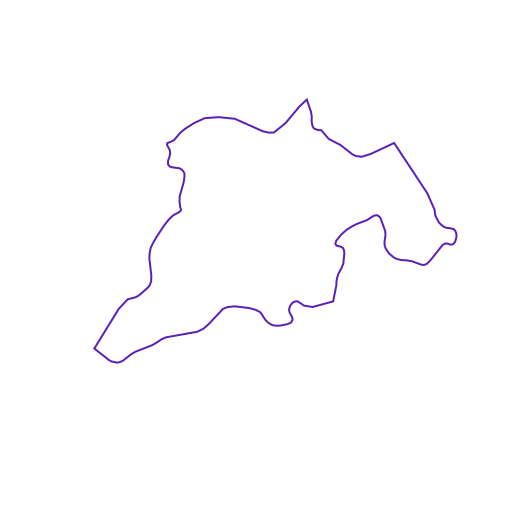 an SVG outline of Carlow, rotated 41°
{"feature_id": "IRL-77", "entity_name": "Carlow", "entity_type": "County", "adm_level": 1, "iso_a3": "IRL", "parent_name": "Ireland", "parent_adm1": "", "projection": "orthographic", "projection_center": [-6.775, 52.691], "detail": "fine", "context": "isolated", "style": "outline", "palette": "violet", "viewbox_px": 512, "rotation_deg": 41, "n_neighbors": 0, "source": "natural_earth", "source_scale": "10m", "svg_char_len": 2275}
<svg xmlns="http://www.w3.org/2000/svg" viewBox="0 0 512 512"><g transform="rotate(41 256 256)"><path d="M234.1,119.9L247.1,116.8L262.5,116.0L266.2,114.8L270.8,111.6L275.7,103.6L286.1,80.1L344.2,96.3L360.3,103.9L364.9,107.9L372.1,110.7L375.3,110.9L378.4,110.8L381.4,109.7L383.9,107.9L387.6,106.0L390.1,106.4L392.3,107.5L394.2,109.4L395.5,111.4L397.0,114.9L397.0,117.7L395.8,119.4L394.5,120.2L392.4,121.0L390.7,122.4L389.7,124.7L389.7,127.6L390.4,143.7L390.3,147.0L390.0,150.1L388.8,152.4L386.7,154.0L376.8,157.8L372.3,160.6L368.4,163.7L363.8,166.0L361.0,166.7L354.8,166.8L349.1,165.3L346.7,164.0L344.8,162.3L343.3,160.4L340.5,156.0L338.8,154.0L337.0,152.3L325.4,145.9L323.0,145.4L320.5,145.8L318.9,147.7L317.8,150.4L316.2,156.2L311.1,165.6L309.0,170.8L307.3,176.4L306.7,180.4L306.3,184.8L306.5,191.7L307.8,194.7L309.8,195.4L314.0,193.3L316.4,192.9L318.6,193.9L320.9,196.0L326.9,204.5L328.5,209.2L329.9,215.5L331.4,219.0L333.6,222.7L335.7,225.1L344.0,239.7L332.2,257.3L324.9,261.9L317.1,262.9L315.1,265.0L314.2,267.7L314.4,270.7L315.3,273.4L316.6,275.3L318.5,276.6L322.0,277.9L324.2,278.9L325.5,280.3L326.1,283.4L324.3,287.0L319.8,292.8L316.7,295.6L313.7,297.4L310.9,298.1L308.0,298.3L304.8,298.0L296.3,295.6L291.2,296.8L284.9,299.8L272.8,308.1L268.2,313.0L265.8,317.5L265.0,338.4L264.0,345.5L261.2,351.9L241.6,376.2L239.3,380.9L238.1,385.5L236.2,391.3L227.8,407.4L226.1,412.4L224.3,422.2L222.9,425.3L220.9,427.8L216.3,430.3L213.6,431.0L194.7,431.9L187.1,385.9L187.6,372.8L191.9,366.6L193.1,363.8L193.8,360.7L195.1,350.9L194.9,347.4L193.4,343.8L189.7,339.3L176.8,327.5L173.8,323.5L171.2,319.0L169.9,314.2L168.5,307.3L166.6,293.0L166.3,285.7L166.7,280.3L167.7,277.2L169.1,273.8L169.5,271.8L169.1,270.2L166.7,268.8L162.9,265.4L159.5,261.4L159.0,260.5L153.0,247.7L150.5,243.8L148.2,240.9L145.8,239.8L143.1,239.5L140.7,240.0L134.3,244.2L132.1,245.1L129.5,244.5L127.3,242.1L125.3,237.3L123.5,234.4L121.2,232.5L116.0,230.6L115.0,229.0L116.9,225.5L118.1,222.4L118.0,212.7L119.0,206.6L122.1,196.2L126.8,185.7L136.6,175.8L149.9,166.4L179.8,157.2L185.1,154.2L188.5,151.0L190.8,138.3L191.1,135.2L190.7,115.1L191.7,104.6L202.9,111.1L206.5,114.1L209.7,117.9L211.7,119.6L213.7,121.0L216.0,121.7L220.0,120.4L222.6,118.3L234.1,119.9Z" fill="none" stroke="#5b21b6" stroke-width="2"/></g></svg>